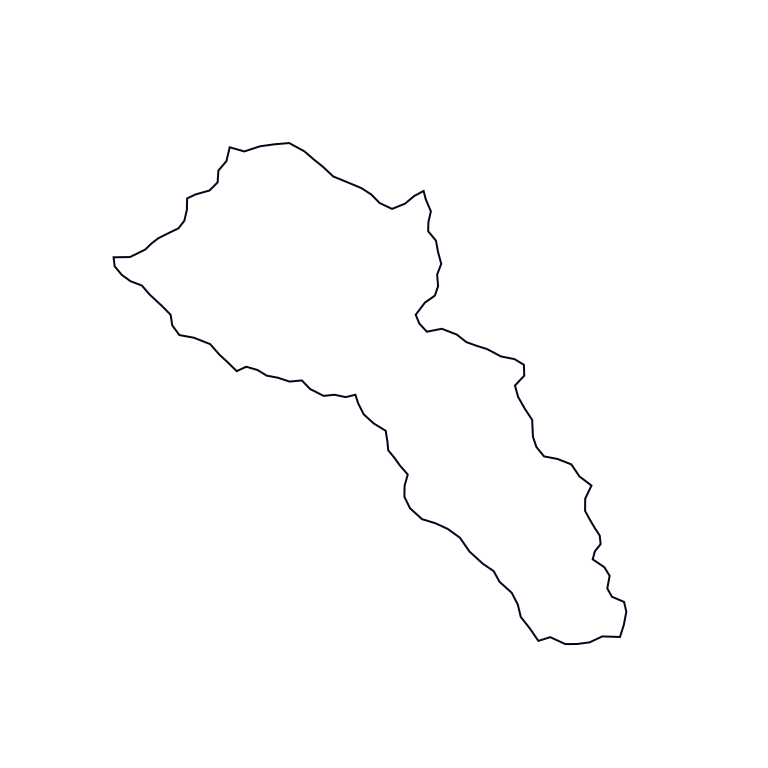 outline of Vieiras, Minas Gerais, Brazil, rotated 105°
{"feature_id": "56859067B62398779566024", "entity_name": "Vieiras", "entity_type": "district", "adm_level": 2, "iso_a3": "BRA", "parent_name": "Brazil", "parent_adm1": "Minas Gerais", "projection": "natural_earth1", "projection_center": [-42.278, -20.911], "detail": "fine", "context": "isolated", "style": "outline", "palette": "ink", "viewbox_px": 768, "rotation_deg": 105, "n_neighbors": 0, "source": "geoboundaries", "source_scale": "gbopen_adm2", "svg_char_len": 1830}
<svg xmlns="http://www.w3.org/2000/svg" viewBox="0 0 768 768"><g transform="rotate(105 384 384)"><path d="M573.6,191.6L582.5,179.7L592.2,168.4L585.5,157.9L588.3,141.5L585.1,130.0L580.3,118.5L571.3,107.8L567.3,90.6L554.5,90.0L541.2,91.0L532.4,95.7L530.5,108.8L523.7,115.4L510.9,116.4L503.9,123.8L499.4,137.0L491.0,137.0L482.6,133.3L474.6,136.4L468.4,143.3L461.3,150.5L454.6,156.9L442.6,160.0L428.4,157.3L422.7,171.3L413.2,182.2L411.5,196.9L412.5,210.7L405.4,220.5L396.4,226.5L388.5,229.0L380.3,231.6L371.7,241.3L361.8,251.1L351.6,257.1L339.7,250.7L329.3,253.8L326.2,264.3L327.1,278.2L323.6,293.4L323.1,304.9L322.2,315.4L317.4,326.5L315.7,342.5L322.4,356.1L316.5,365.5L308.9,371.3L294.7,365.5L285.4,357.7L275.4,357.1L264.6,361.0L253.1,359.8L242.3,366.1L232.1,370.9L225.0,380.9L216.2,383.0L205.1,383.4L194.9,391.4L187.3,395.7L194.6,403.5L204.3,410.3L212.8,421.6L210.3,435.1L204.3,445.2L200.7,456.3L198.9,469.4L196.7,486.7L189.9,499.4L185.3,509.9L179.9,521.0L175.8,538.0L180.8,551.8L186.5,565.3L195.5,579.1L195.3,594.3L209.5,593.9L220.7,599.2L232.3,596.9L242.3,602.7L249.6,615.0L255.7,622.2L266.7,619.5L278.0,619.1L286.8,622.8L294.4,631.6L301.5,639.6L308.2,644.8L316.0,649.5L327.1,662.2L331.6,678.0L340.1,674.6L346.6,665.3L350.3,655.5L351.6,643.3L358.4,633.3L366.2,618.5L372.4,608.0L382.2,603.7L389.7,594.3L388.5,579.5L390.5,562.2L398.3,550.5L403.2,541.1L409.7,529.6L403.0,521.6L403.2,509.9L406.3,499.4L405.4,488.3L406.1,475.8L401.8,464.3L408.0,454.0L411.1,439.2L407.2,429.0L406.6,417.7L401.8,408.8L409.2,404.1L418.6,395.7L424.8,383.6L428.8,370.2L439.0,365.7L446.9,362.8L452.5,355.0L458.5,347.7L465.3,337.6L476.9,337.8L487.7,335.1L497.3,326.7L504.7,312.3L505.2,298.2L507.5,285.0L512.8,270.9L523.7,258.1L531.9,242.3L536.4,229.6L545.2,221.2L552.6,206.6L562.5,197.6L573.6,191.6Z" fill="none" stroke="#020617" stroke-width="2"/></g></svg>